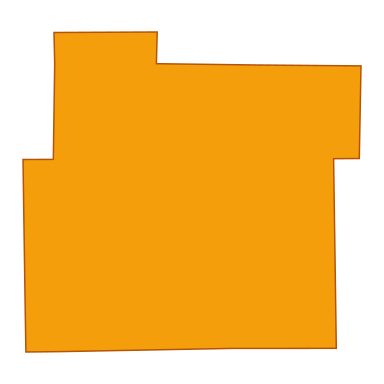 Whitley, Indiana, United States of America
{"feature_id": "52423323B56152187433060", "entity_name": "Whitley", "entity_type": "district", "adm_level": 2, "iso_a3": "USA", "parent_name": "United States of America", "parent_adm1": "Indiana", "projection": "robinson", "projection_center": [-85.517, 41.149], "detail": "fine", "context": "isolated", "style": "filled", "palette": "amber", "viewbox_px": 384, "rotation_deg": 0, "n_neighbors": 0, "source": "geoboundaries", "source_scale": "gbopen_adm2", "svg_char_len": 334}
<svg xmlns="http://www.w3.org/2000/svg" viewBox="0 0 384 384"><path d="M25.1,303.1L25.9,352.0L61.1,351.6L232.3,348.4L284.2,348.4L336.3,348.3L335.0,256.2L333.6,158.7L359.3,158.5L361.0,65.9L257.3,65.0L156.4,63.7L157.2,32.0L54.0,32.5L54.7,64.2L53.3,159.4L23.0,159.5L25.1,303.1Z" fill="#f59e0b" stroke="#b45309" stroke-width="1.5"/></svg>